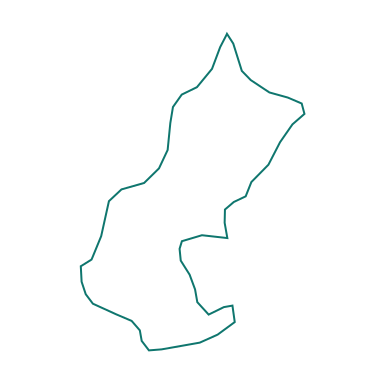 the border of Vraneštica, rotated 350°
{"feature_id": "MKD-2916", "entity_name": "Vraneštica", "entity_type": "Statistical Region", "adm_level": 1, "iso_a3": "MKD", "parent_name": "North Macedonia", "parent_adm1": "", "projection": "equal_earth", "projection_center": [21.055, 41.496], "detail": "fine", "context": "isolated", "style": "outline", "palette": "teal", "viewbox_px": 384, "rotation_deg": 350, "n_neighbors": 0, "source": "natural_earth", "source_scale": "10m", "svg_char_len": 844}
<svg xmlns="http://www.w3.org/2000/svg" viewBox="0 0 384 384"><g transform="rotate(350 192 192)"><path d="M253.9,42.3L258.4,53.0L262.1,81.4L269.3,92.0L285.5,107.4L302.7,115.6L315.4,123.9L316.3,134.6L302.7,142.8L287.4,158.2L272.0,178.4L252.2,192.5L244.1,205.6L231.4,209.1L221.4,215.0L218.8,228.0L218.8,235.2L218.8,243.5L194.3,236.3L173.5,238.7L169.9,245.8L169.0,257.6L175.3,273.0L178.1,288.4L178.1,301.4L187.1,315.6L203.4,310.9L212.1,310.9L211.5,327.5L192.5,336.9L173.5,341.7L157.3,341.7L134.7,341.7L122.1,340.5L116.6,329.9L116.6,319.2L110.2,308.5L95.8,299.1L75.0,284.8L69.6,274.2L67.7,261.2L69.6,245.8L81.3,241.1L82.7,239.0L94.9,219.7L108.6,186.6L123.0,177.2L146.4,174.8L163.6,163.0L175.3,146.4L182.6,120.4L188.0,105.0L198.8,94.3L215.1,89.6L233.1,74.2L244.9,54.2L253.0,43.6L253.9,42.3Z" fill="none" stroke="#0f766e" stroke-width="2"/></g></svg>